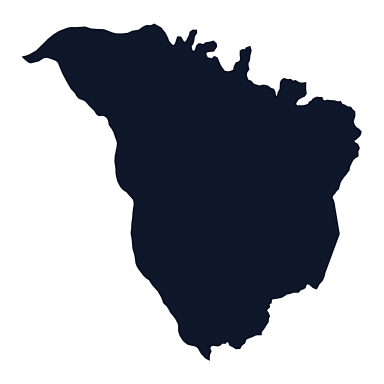 the district of Guaíra, São Paulo, Brazil
{"feature_id": "56859067B77662640599677", "entity_name": "Guaíra", "entity_type": "district", "adm_level": 2, "iso_a3": "BRA", "parent_name": "Brazil", "parent_adm1": "São Paulo", "projection": "natural_earth1", "projection_center": [-48.367, -20.336], "detail": "fine", "context": "isolated", "style": "filled", "palette": "ink", "viewbox_px": 384, "rotation_deg": 0, "n_neighbors": 0, "source": "geoboundaries", "source_scale": "gbopen_adm2", "svg_char_len": 4280}
<svg xmlns="http://www.w3.org/2000/svg" viewBox="0 0 384 384"><path d="M97.0,29.7L90.9,29.2L85.2,27.3L75.9,27.9L73.7,27.8L71.5,27.8L69.3,28.0L66.5,28.8L59.1,31.7L54.1,34.8L48.2,39.5L45.7,42.2L36.5,51.1L29.1,55.3L26.1,56.3L23.0,57.0L24.5,58.5L27.0,60.6L29.0,62.0L31.0,62.6L33.6,61.9L38.3,60.8L43.7,57.4L46.5,57.0L48.9,57.5L51.8,58.5L55.9,60.1L58.5,62.3L60.7,68.0L63.3,74.0L64.7,76.6L67.9,82.5L69.4,85.1L71.5,88.6L75.4,92.7L76.8,95.4L79.1,98.1L82.4,99.3L84.3,100.1L86.1,101.3L90.0,105.8L92.0,107.7L94.6,110.3L97.1,114.1L99.1,115.4L102.3,115.0L104.5,115.5L107.2,117.5L108.7,120.2L109.5,124.8L112.5,129.0L114.4,132.7L115.3,135.8L117.2,141.0L117.7,143.5L117.2,147.5L115.5,155.7L115.1,161.4L115.7,164.9L116.2,169.5L116.2,172.4L116.8,176.4L118.2,181.6L120.0,185.0L121.4,187.3L123.5,189.5L126.9,191.7L129.5,194.8L131.6,197.0L133.3,199.0L134.2,201.1L134.4,204.3L133.5,210.3L133.2,213.2L133.0,216.5L132.7,219.6L132.2,222.4L132.0,225.7L131.9,228.7L131.4,232.4L131.6,234.9L132.2,238.1L132.8,243.7L133.1,248.1L133.8,250.8L135.0,254.7L135.8,259.8L136.2,263.1L137.5,266.4L139.4,269.4L142.0,272.7L143.3,274.6L146.4,277.7L149.3,279.5L151.5,282.9L152.7,284.7L156.6,289.1L158.2,290.8L161.8,297.2L162.8,299.7L163.9,302.8L167.1,305.8L169.3,309.1L171.0,312.5L172.5,314.2L174.2,316.3L176.0,318.8L178.2,322.9L178.9,325.7L178.9,331.3L180.3,335.5L182.0,338.1L183.5,340.5L187.6,343.9L191.3,344.9L193.7,345.3L196.1,346.1L198.4,347.8L200.3,351.3L201.8,353.7L204.0,355.9L206.1,358.1L209.1,359.6L209.0,357.3L209.4,354.1L210.8,351.3L209.4,348.0L211.2,345.4L213.8,345.1L217.7,345.7L220.2,344.9L221.9,342.9L225.2,343.1L226.6,341.3L228.8,341.7L229.9,345.0L233.4,346.7L235.9,348.4L239.7,348.3L241.7,344.9L244.5,342.9L245.7,339.1L248.9,337.6L252.3,336.4L255.2,334.9L257.4,334.5L261.0,334.5L261.2,331.5L263.6,328.7L265.7,325.2L268.0,321.8L268.2,318.3L269.3,316.2L267.8,312.8L266.0,310.1L269.3,306.9L268.8,303.8L271.0,302.7L271.2,299.0L274.0,298.4L276.2,298.1L278.4,297.7L281.4,297.1L284.2,295.5L287.0,293.6L289.4,293.4L293.4,292.0L296.0,292.0L298.3,292.0L300.1,289.8L302.8,288.8L305.0,287.6L305.9,284.7L307.7,283.3L310.1,284.6L313.3,287.4L316.3,288.6L317.6,286.5L318.9,283.8L321.9,280.7L323.8,276.6L324.6,272.9L339.0,234.0L334.5,206.9L333.9,203.0L333.2,200.6L331.7,197.5L332.9,194.8L334.5,193.2L336.3,190.6L338.3,188.7L338.9,186.2L340.2,181.7L342.5,178.2L344.3,175.8L345.8,174.2L347.2,172.1L348.8,170.2L349.3,166.8L351.1,162.9L352.7,159.8L354.9,157.7L357.8,156.0L357.7,153.3L357.7,151.0L359.1,148.1L357.3,144.3L354.6,142.8L353.3,140.8L356.7,138.3L359.7,135.5L361.0,132.0L358.7,129.4L356.0,127.7L354.2,125.3L352.9,121.8L353.7,119.0L354.7,115.6L354.5,111.7L352.1,109.7L350.7,107.5L347.3,107.0L344.4,105.2L342.1,104.7L340.4,101.8L337.5,102.1L334.3,101.0L330.0,100.9L327.5,100.4L324.8,101.3L322.7,100.3L321.8,97.7L319.7,97.8L316.7,97.4L313.1,99.3L311.7,101.3L309.7,102.2L308.4,104.5L305.8,105.4L302.7,106.1L299.4,105.9L296.5,106.2L295.3,103.4L297.9,99.3L300.4,97.8L304.4,95.9L306.0,93.4L305.4,89.2L305.5,82.9L302.2,83.4L299.9,83.2L297.7,82.2L295.5,80.8L292.8,81.5L290.7,79.7L287.5,79.9L284.0,78.7L281.6,80.5L280.6,82.7L280.5,85.6L280.4,88.9L278.4,92.6L277.6,96.1L275.6,97.1L275.0,94.0L274.7,91.7L273.4,89.4L270.5,88.5L267.8,86.3L264.5,85.5L262.1,85.5L259.8,86.3L255.5,85.1L252.9,83.9L251.0,81.4L247.7,80.2L246.1,75.5L246.3,72.7L248.7,69.1L247.9,66.2L247.7,63.1L249.2,60.2L249.7,55.4L250.9,50.6L249.9,46.8L246.3,48.1L245.1,50.4L242.9,49.7L240.5,51.0L240.4,54.9L240.9,58.5L240.3,60.9L238.6,62.3L236.4,62.9L234.5,66.5L233.8,70.4L230.3,71.7L227.6,72.1L224.0,71.2L222.8,69.2L221.3,67.4L219.6,64.3L217.0,58.0L214.4,56.8L212.0,59.1L207.2,57.9L205.5,54.3L206.3,51.7L209.1,51.3L211.2,51.0L213.4,51.0L216.4,46.5L216.0,43.7L213.4,41.4L210.3,42.3L208.0,42.7L205.5,43.1L203.3,45.1L200.7,44.1L198.7,44.0L196.8,46.0L195.5,50.4L193.2,52.0L191.5,49.9L190.9,46.0L192.7,43.7L193.4,41.5L194.2,36.1L196.4,32.9L196.3,30.4L192.8,30.4L190.3,32.2L189.6,35.3L186.5,41.4L183.9,43.0L181.8,39.2L180.6,37.2L177.8,37.1L176.9,39.8L175.7,43.7L174.2,45.7L172.0,45.5L168.4,41.1L167.4,38.2L165.7,34.7L164.2,32.2L162.7,30.5L161.1,28.3L158.7,26.9L156.8,25.9L154.2,24.4L151.2,25.9L146.5,25.8L143.0,27.4L138.9,30.4L132.2,31.5L128.1,33.5L122.0,34.2L115.9,34.1L112.4,33.2L104.0,30.0L100.3,29.8L97.0,29.7Z" fill="#0f172a" stroke="#020617" stroke-width="1.5"/></svg>